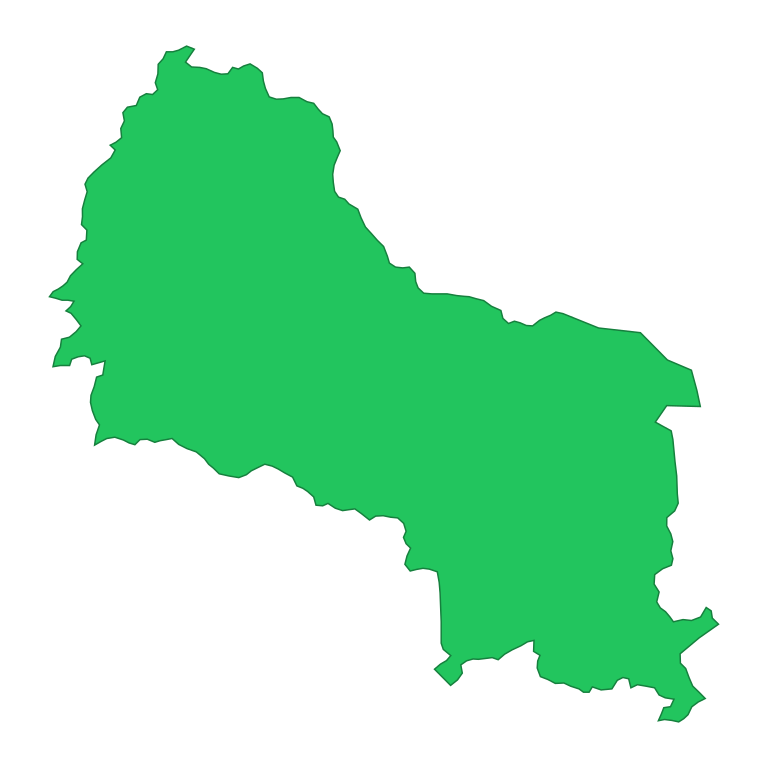 Orleans, Santa Catarina, Brazil (Robinson projection)
{"feature_id": "56859067B52517514114560", "entity_name": "Orleans", "entity_type": "district", "adm_level": 2, "iso_a3": "BRA", "parent_name": "Brazil", "parent_adm1": "Santa Catarina", "projection": "robinson", "projection_center": [-49.38, -28.28], "detail": "fine", "context": "isolated", "style": "filled", "palette": "green", "viewbox_px": 768, "rotation_deg": 0, "n_neighbors": 0, "source": "geoboundaries", "source_scale": "gbopen_adm2", "svg_char_len": 3896}
<svg xmlns="http://www.w3.org/2000/svg" viewBox="0 0 768 768"><path d="M94.6,445.1L101.3,441.3L106.8,438.5L114.8,437.2L123.4,440.0L129.0,442.9L134.9,444.7L140.0,439.6L147.3,439.2L154.8,442.3L160.1,440.7L166.2,439.6L172.1,438.5L178.7,444.4L187.0,448.6L196.3,451.9L204.5,458.7L208.7,464.3L213.4,468.1L219.2,473.8L229.1,476.0L238.8,477.6L246.4,474.7L251.3,470.8L258.4,467.3L264.8,464.2L272.2,466.1L278.2,469.0L284.7,472.9L292.6,477.1L296.9,485.9L302.9,488.3L307.5,491.4L313.7,496.9L316.0,505.2L322.7,505.8L328.0,503.4L335.3,508.2L342.6,510.6L348.8,509.7L354.9,508.9L361.3,513.5L369.5,520.0L375.7,516.1L383.2,515.7L390.6,517.2L397.7,517.9L403.7,523.4L406.1,531.3L403.5,537.4L406.1,543.7L410.6,548.1L407.0,556.0L404.9,564.3L410.2,571.0L416.6,569.4L423.0,568.3L429.3,569.1L437.3,571.8L439.2,582.4L440.1,593.1L441.2,621.8L441.2,643.2L443.3,649.4L450.8,655.6L446.5,660.6L440.5,664.1L434.5,669.2L450.6,685.4L457.5,679.9L462.3,673.1L460.8,664.9L466.6,660.8L473.0,659.0L478.4,659.3L484.2,658.6L492.2,657.6L498.2,659.7L504.6,654.2L512.2,649.8L521.0,645.7L527.5,641.8L534.0,640.4L533.6,651.4L540.0,655.3L537.7,661.0L537.2,668.0L540.4,676.6L547.9,679.5L555.3,683.4L563.9,683.0L570.7,686.2L579.0,688.9L583.5,692.2L589.1,692.2L592.3,686.9L601.1,689.9L611.9,688.9L617.3,680.3L622.9,677.5L628.7,678.8L630.9,687.8L637.4,684.7L646.2,686.2L654.6,687.8L659.1,695.0L665.2,697.8L674.0,699.2L670.5,706.7L663.8,707.7L661.4,713.9L658.4,720.7L664.5,719.5L671.8,720.4L678.7,721.9L683.7,718.7L688.0,714.7L691.8,706.8L698.2,702.0L705.2,698.5L699.1,692.3L692.7,686.1L689.0,677.5L685.7,668.5L680.4,663.2L680.1,653.8L699.2,637.8L718.5,624.2L712.3,618.1L711.2,610.9L706.2,607.5L700.6,617.0L691.5,620.5L683.0,619.6L673.4,621.8L669.8,616.8L665.5,611.7L660.3,607.9L656.7,601.9L659.1,592.0L654.1,584.1L654.7,574.6L662.7,568.7L671.4,565.2L672.9,558.7L670.8,550.8L672.8,541.6L670.8,533.9L666.7,526.0L666.8,517.6L674.7,510.9L678.2,503.2L677.3,493.8L676.7,476.0L675.0,461.8L672.9,439.6L671.2,430.9L661.2,425.4L655.3,422.1L666.7,405.6L700.3,406.5L696.9,390.5L691.4,370.2L667.4,360.0L640.4,332.7L598.6,328.0L562.9,313.6L555.9,312.1L550.6,315.3L544.8,317.7L539.5,320.4L532.6,325.9L526.3,325.5L520.1,322.8L514.4,321.2L508.5,323.5L502.9,318.4L500.9,310.5L491.5,306.3L483.7,300.6L476.0,298.7L469.1,296.7L463.7,296.3L456.8,295.6L447.3,293.9L439.5,293.9L432.1,293.9L423.7,293.2L418.1,287.9L415.7,281.6L414.9,273.3L409.3,267.1L402.8,267.9L395.5,267.1L389.4,263.1L387.4,256.3L383.6,246.5L377.4,240.4L372.2,234.5L365.4,227.0L361.0,217.7L357.8,209.2L349.0,204.0L344.7,199.2L338.5,197.1L334.6,191.3L333.3,182.4L332.7,174.4L334.1,165.2L337.3,157.3L340.2,150.7L336.7,141.9L333.3,137.1L332.9,130.8L332.1,124.0L329.2,116.9L322.4,113.7L318.1,109.0L313.7,103.3L306.9,101.7L299.1,97.5L290.9,97.5L283.2,98.9L276.3,99.2L269.2,96.9L265.4,88.4L263.4,81.1L262.3,72.8L257.4,68.3L250.1,63.9L243.6,66.0L238.4,69.0L232.6,67.4L227.9,73.8L221.2,74.2L214.4,72.4L206.2,68.7L199.7,67.4L191.6,67.0L185.5,62.1L190.1,55.3L194.3,49.2L186.6,46.1L178.6,50.2L172.8,51.8L166.4,51.8L163.1,58.8L158.2,64.3L157.9,73.9L155.3,82.7L157.7,89.7L152.6,94.5L146.3,93.7L139.8,97.2L136.3,105.5L127.4,107.2L122.9,112.7L124.4,120.9L120.8,128.5L121.6,137.7L116.0,142.2L110.2,145.2L115.2,150.0L110.8,157.9L102.0,164.8L93.9,172.1L88.0,178.1L85.0,184.2L87.2,191.7L84.8,199.6L82.4,208.8L82.5,216.7L81.5,224.6L86.9,230.1L86.3,240.1L81.1,242.8L77.4,251.7L77.2,259.4L82.8,263.8L76.1,269.9L70.5,275.7L67.1,282.2L62.8,286.0L58.2,289.1L53.2,291.6L49.5,296.7L55.6,298.2L62.1,300.2L67.9,300.2L74.0,301.2L70.7,306.6L66.0,310.9L71.1,313.3L76.4,319.7L81.0,325.9L76.1,331.7L69.4,337.2L61.5,339.2L60.4,347.1L55.3,356.4L53.0,366.7L60.4,365.5L69.6,365.5L71.7,359.2L78.1,356.8L84.5,355.8L90.1,358.2L91.8,364.7L97.4,363.1L105.1,360.9L103.9,368.1L102.8,375.0L96.6,377.1L94.2,386.7L91.0,395.3L90.5,402.4L92.4,410.7L95.7,419.4L99.5,424.9L96.1,434.8L94.6,445.1Z" fill="#22c55e" stroke="#15803d" stroke-width="1.5"/></svg>